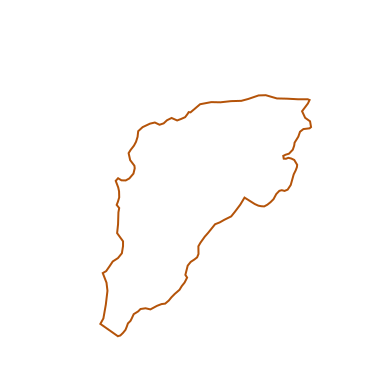 Agios Athanasios, Limassol, Cyprus (Robinson projection), rotated 57°
{"feature_id": "46923920B71165421067195", "entity_name": "Agios Athanasios", "entity_type": "district", "adm_level": 2, "iso_a3": "CYP", "parent_name": "Cyprus", "parent_adm1": "Limassol", "projection": "robinson", "projection_center": [33.058, 34.721], "detail": "fine", "context": "isolated", "style": "outline", "palette": "amber", "viewbox_px": 384, "rotation_deg": 57, "n_neighbors": 0, "source": "geoboundaries", "source_scale": "gbopen_adm2", "svg_char_len": 1883}
<svg xmlns="http://www.w3.org/2000/svg" viewBox="0 0 384 384"><g transform="rotate(57 192 192)"><path d="M178.9,43.3L177.3,44.4L172.1,52.4L165.4,61.6L159.8,69.8L151.0,77.4L147.3,83.5L144.6,94.2L142.4,101.0L137.1,109.7L132.2,119.4L127.1,126.9L122.8,137.4L124.4,149.9L123.2,151.3L124.0,152.9L125.5,157.0L124.8,161.4L123.9,165.5L118.8,168.8L118.2,173.9L119.0,178.4L117.9,182.6L113.5,185.3L111.8,190.0L110.7,198.1L111.7,204.0L116.1,207.6L119.4,211.6L121.5,215.4L123.3,220.6L124.9,224.0L131.6,226.5L138.6,226.0L140.9,227.1L144.7,231.1L146.5,237.2L146.2,241.3L143.8,244.8L140.2,246.5L141.1,249.9L148.0,251.4L151.7,252.8L156.9,256.0L159.7,259.3L161.8,262.2L165.8,261.8L169.0,264.8L178.8,271.6L185.7,277.2L195.8,276.7L199.8,279.3L205.2,284.2L207.1,290.1L207.1,296.3L209.3,301.4L211.6,307.1L211.4,311.0L221.5,313.1L228.8,316.7L239.5,325.6L249.8,335.2L252.7,340.7L272.6,332.7L272.6,332.4L273.3,330.3L272.6,326.7L271.4,322.9L269.6,320.3L267.3,317.3L266.6,313.8L265.4,311.7L262.7,307.4L262.8,302.2L262.1,298.9L264.2,294.3L267.8,290.8L268.0,288.3L268.4,283.4L269.4,278.6L271.0,275.3L270.4,270.6L269.1,266.6L268.1,262.1L267.2,255.7L265.4,252.0L263.9,247.5L261.1,242.7L257.9,242.7L251.4,235.7L249.9,231.1L249.9,226.8L249.6,223.3L247.5,220.3L244.0,218.1L241.0,216.2L239.1,212.5L236.4,205.6L235.0,200.6L233.3,195.4L231.6,190.2L232.6,185.3L232.9,180.1L233.8,172.4L232.0,166.9L228.9,158.4L225.3,151.0L236.3,145.9L239.6,143.8L241.6,141.7L243.4,139.3L243.7,135.7L243.3,131.7L242.4,127.5L239.6,122.4L238.6,118.1L239.4,115.7L241.5,113.8L242.1,110.5L239.9,105.4L232.6,97.1L230.3,93.2L228.3,90.5L226.5,89.0L220.8,88.8L218.0,90.5L215.8,92.6L215.3,95.1L214.0,96.9L211.4,95.8L211.7,93.2L212.7,89.8L211.4,84.4L208.8,81.1L207.9,80.3L206.5,79.1L203.5,72.7L200.3,68.6L199.9,64.3L202.6,58.8L202.4,56.8L197.0,54.5L191.4,56.7L184.2,55.7L180.9,46.6L178.9,43.3Z" fill="none" stroke="#b45309" stroke-width="2"/></g></svg>